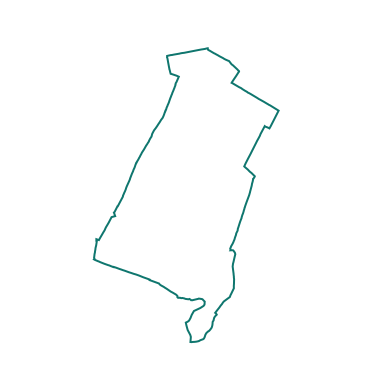 the district of Mircesti, Iasi, Romania, rotated 141°
{"feature_id": "2599482B37092183120791", "entity_name": "Mircesti", "entity_type": "district", "adm_level": 2, "iso_a3": "ROU", "parent_name": "Romania", "parent_adm1": "Iasi", "projection": "albers", "projection_center": [26.855, 47.067], "detail": "fine", "context": "isolated", "style": "outline", "palette": "teal", "viewbox_px": 384, "rotation_deg": 141, "n_neighbors": 0, "source": "geoboundaries", "source_scale": "gbopen_adm2", "svg_char_len": 5952}
<svg xmlns="http://www.w3.org/2000/svg" viewBox="0 0 384 384"><g transform="rotate(141 192 192)"><path d="M248.6,231.9L258.7,227.6L258.9,227.8L259.8,227.4L260.7,227.0L264.5,225.3L265.7,225.1L265.9,224.2L266.4,223.0L266.9,221.6L270.3,223.1L271.9,222.4L275.8,220.7L277.1,220.2L278.7,219.6L279.8,219.2L280.9,218.8L282.0,218.3L284.1,217.2L285.9,216.6L286.6,216.3L287.3,216.1L288.2,215.7L292.2,214.2L293.2,213.8L294.6,213.2L296.0,215.5L297.1,214.2L296.8,213.8L297.9,212.8L300.1,210.8L302.2,209.2L302.6,208.8L303.3,208.1L304.7,206.9L305.3,206.3L305.6,206.0L306.8,205.1L308.2,203.7L309.6,202.4L309.6,202.0L309.8,201.4L310.3,201.2L310.5,201.2L310.2,200.4L308.6,197.4L308.0,196.4L307.5,195.3L305.3,191.4L303.1,187.8L302.5,187.0L302.2,186.4L301.4,184.9L301.0,184.3L300.6,183.5L300.1,182.8L299.9,182.9L298.6,180.9L296.7,177.7L295.6,176.0L295.1,175.1L293.9,173.3L291.5,169.3L290.3,167.5L288.8,165.1L287.4,163.1L286.6,161.8L285.8,160.5L283.6,156.5L280.3,151.1L280.0,150.5L280.4,150.2L279.4,148.6L275.2,141.6L275.3,140.6L275.0,139.4L274.7,138.5L273.9,136.6L273.6,135.8L273.1,134.1L272.7,133.1L271.2,128.0L270.3,125.9L269.9,124.8L269.0,122.4L268.8,121.0L268.8,120.3L269.0,120.0L269.5,119.6L269.5,119.0L269.4,118.5L269.1,118.3L268.2,117.6L267.9,117.4L267.5,116.8L267.2,116.3L266.2,115.7L265.4,114.7L264.9,114.1L264.4,113.1L262.9,111.5L262.2,110.8L261.3,110.5L260.9,109.3L260.8,108.5L259.9,107.7L254.3,105.0L253.8,104.9L252.6,103.6L251.8,102.7L251.4,102.1L251.3,101.3L251.3,100.8L251.2,99.9L251.1,98.8L251.7,98.2L252.4,97.4L253.2,96.6L254.7,96.2L258.5,96.6L265.4,98.3L269.5,96.7L272.5,95.0L275.2,93.9L276.9,93.9L279.0,94.4L280.4,91.6L282.2,87.5L283.3,82.0L284.1,80.1L287.6,76.4L286.8,75.6L285.8,75.0L284.0,73.7L282.7,72.9L280.7,71.9L280.4,71.9L280.0,71.7L278.8,71.6L278.3,71.4L276.0,70.6L275.0,70.6L273.6,71.2L271.3,72.7L269.3,73.4L267.9,73.4L267.7,73.5L267.3,73.5L266.1,73.3L264.3,73.6L262.4,74.1L261.6,74.5L260.2,75.5L259.0,76.6L258.6,77.1L258.2,77.5L257.7,78.0L257.4,78.2L256.3,78.5L256.1,78.6L255.8,78.8L255.2,79.4L254.5,79.8L254.2,80.1L253.9,80.3L253.5,80.5L252.6,80.7L251.9,80.9L251.2,81.0L250.7,81.0L250.3,81.0L249.9,81.2L249.9,81.5L249.8,82.8L250.0,83.5L246.2,84.4L243.5,85.0L241.1,85.7L239.4,86.0L237.6,86.6L237.1,86.7L236.6,86.8L236.1,86.9L233.7,86.8L231.3,86.7L229.5,86.6L228.6,86.6L227.2,87.5L225.6,88.2L220.1,90.8L218.6,92.7L217.1,94.3L215.4,96.3L214.2,97.7L213.2,99.3L212.7,99.9L211.9,101.2L211.5,101.8L211.2,102.2L210.7,103.0L207.3,108.5L205.2,110.5L203.8,111.5L200.4,114.2L197.5,116.4L197.3,116.9L197.1,117.2L196.9,117.8L196.8,118.2L196.8,118.6L196.7,119.9L196.7,120.6L196.8,120.8L196.9,121.0L198.7,122.4L198.4,122.5L198.2,122.7L198.2,123.5L198.1,123.8L197.8,124.0L195.5,125.3L195.2,125.4L193.1,126.2L191.4,127.0L190.2,127.7L189.0,128.3L188.4,128.7L188.0,129.0L187.5,129.4L185.3,130.7L184.8,131.0L184.6,131.1L184.4,131.4L183.9,131.8L183.6,132.0L182.8,132.4L181.7,132.9L181.2,133.1L180.6,133.5L179.5,134.6L178.3,135.3L175.6,137.1L173.3,138.6L170.9,140.0L170.1,140.4L169.3,141.1L167.4,142.4L166.7,142.8L165.9,143.2L164.0,144.5L163.4,145.0L161.8,146.0L161.4,146.4L161.1,146.6L160.3,147.0L160.0,147.3L156.1,149.7L151.7,152.3L149.5,153.6L147.8,154.8L147.2,155.2L146.6,155.7L144.7,157.1L141.8,159.2L141.2,159.7L140.2,160.6L138.2,162.0L136.9,163.1L136.6,163.4L136.3,163.7L136.1,163.6L135.6,163.8L134.2,164.2L133.3,164.7L133.4,165.7L133.6,167.4L133.8,169.4L134.2,171.0L134.4,172.7L134.5,174.3L135.2,178.1L135.3,179.0L135.1,179.1L132.5,180.4L127.8,182.5L122.4,184.8L118.9,186.4L117.1,187.2L116.0,187.7L111.1,189.9L109.4,190.7L106.4,191.9L103.8,193.0L102.5,193.8L100.9,194.5L99.7,195.0L94.0,197.4L93.9,196.8L93.7,196.3L93.1,195.4L92.3,193.9L91.8,192.7L89.7,193.5L85.4,195.4L73.5,200.7L76.8,210.2L77.1,210.8L77.5,211.7L77.8,212.7L78.1,213.4L79.3,216.7L81.3,221.7L81.6,222.3L81.7,222.6L81.9,223.4L82.4,224.8L84.7,231.1L84.9,231.6L85.5,233.1L85.6,233.3L85.9,233.8L86.1,234.5L86.2,235.2L86.4,235.5L86.8,236.7L87.2,237.6L87.8,239.5L88.1,240.2L88.3,241.3L88.7,242.4L89.0,243.0L89.2,243.3L91.3,248.9L92.2,251.3L92.5,251.9L92.0,252.1L90.5,252.6L88.6,253.2L84.6,254.4L80.1,255.9L79.8,255.9L79.5,256.1L79.4,256.3L79.6,257.6L79.6,258.6L79.8,259.9L80.0,261.5L80.3,263.5L80.4,264.5L80.7,265.5L80.9,266.6L80.8,269.8L80.8,270.3L80.9,270.7L81.3,271.3L81.7,272.0L81.9,272.5L82.1,272.9L82.5,273.6L82.9,274.5L83.3,275.5L83.6,276.5L85.3,280.4L85.7,281.6L86.7,284.0L87.2,285.3L87.5,285.8L88.7,289.0L89.0,289.9L89.7,291.6L89.9,292.2L90.0,292.6L89.3,293.8L90.6,294.5L91.6,294.9L93.4,295.9L94.9,296.8L98.8,298.9L108.8,304.2L110.5,305.1L111.9,306.0L113.3,306.8L114.8,307.5L120.0,310.4L121.2,311.0L122.6,311.9L125.7,313.4L126.0,313.0L126.6,312.5L126.9,311.5L127.6,310.2L129.0,307.7L130.9,304.2L131.7,302.7L131.8,302.4L132.1,302.0L132.4,301.4L132.5,301.0L133.2,299.5L133.6,298.7L134.2,297.3L133.8,296.8L132.9,295.4L131.5,293.2L130.7,291.9L129.7,289.9L131.4,289.0L132.2,288.6L134.9,287.2L135.4,287.0L135.9,286.9L137.1,286.1L137.1,285.9L138.0,285.2L138.8,284.8L140.6,283.7L141.4,283.3L142.2,282.8L143.3,282.2L144.9,281.4L145.7,280.8L147.3,280.0L148.4,279.3L149.0,279.0L149.9,278.5L152.0,277.2L152.5,276.9L153.2,276.4L155.0,275.4L155.9,275.0L157.0,274.3L158.5,273.6L159.2,273.1L160.2,272.4L160.6,272.2L160.7,272.3L161.2,272.1L161.7,271.8L161.6,271.7L162.8,271.0L163.2,270.9L164.9,269.8L166.5,268.9L167.1,268.6L168.1,268.1L170.6,267.5L173.4,266.5L175.1,266.0L177.8,265.1L180.2,264.4L181.5,264.1L182.7,263.8L184.6,263.0L186.4,262.2L187.6,261.3L188.4,260.7L188.7,260.5L189.5,260.3L191.2,259.7L193.4,258.7L193.7,258.4L194.7,258.1L195.1,258.0L197.3,257.2L198.2,257.0L202.5,255.3L206.2,254.1L206.8,253.8L207.4,253.5L209.2,252.8L209.8,252.5L210.9,252.0L211.6,251.8L213.1,251.1L216.5,249.9L216.4,249.8L218.2,249.0L218.8,248.7L219.4,248.3L221.3,247.1L223.0,246.3L223.9,245.8L224.6,245.3L225.8,244.7L227.2,244.0L231.7,241.4L232.0,241.1L233.6,240.2L239.0,237.5L240.6,236.6L241.9,235.7L243.7,234.7L245.2,234.0L246.8,233.1L247.9,232.6L248.6,231.9Z" fill="none" stroke="#0f766e" stroke-width="2"/></g></svg>